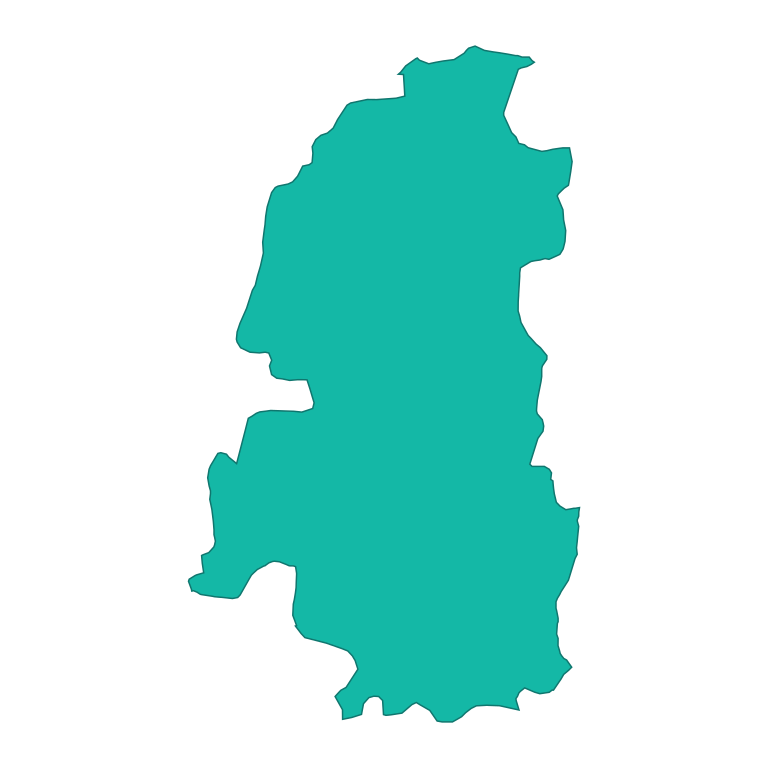 the district of Santa, Al Gharbiyah, Egypt
{"feature_id": "37247803B92664797200587", "entity_name": "Santa", "entity_type": "district", "adm_level": 2, "iso_a3": "EGY", "parent_name": "Egypt", "parent_adm1": "Al Gharbiyah", "projection": "orthographic", "projection_center": [31.113, 30.774], "detail": "fine", "context": "isolated", "style": "filled", "palette": "teal", "viewbox_px": 768, "rotation_deg": 0, "n_neighbors": 0, "source": "geoboundaries", "source_scale": "gbopen_adm2", "svg_char_len": 4739}
<svg xmlns="http://www.w3.org/2000/svg" viewBox="0 0 768 768"><path d="M519.0,710.0L516.2,700.7L515.9,698.6L517.4,696.5L518.9,692.9L520.3,691.4L524.7,687.9L534.7,692.2L539.8,693.7L549.2,692.3L552.1,690.1L553.5,690.1L559.8,680.8L560.8,679.4L563.7,674.4L568.8,670.1L571.7,667.2L568.7,663.0L566.6,660.0L563.8,658.5L561.6,655.7L560.2,653.5L559.5,650.6L558.0,645.6L558.1,638.4L556.6,634.1L557.3,624.4L557.4,623.3L558.1,621.8L558.1,618.2L556.7,611.0L556.0,608.2L556.0,601.7L557.5,598.1L559.7,594.5L561.1,591.6L564.8,585.9L568.4,580.2L569.2,577.6L575.0,558.6L577.2,554.3L576.5,547.8L577.2,541.4L577.7,536.0L578.4,529.3L578.7,526.3L577.3,521.2L577.3,519.8L578.7,516.2L578.8,511.9L579.5,507.6L575.2,508.3L573.7,508.3L570.1,509.0L565.8,509.7L564.7,509.0L560.0,506.1L556.4,502.4L555.9,500.5L555.7,499.6L554.3,493.8L553.6,488.8L553.1,483.8L552.9,480.9L550.7,479.4L551.5,472.9L549.3,469.3L544.3,466.4L532.0,466.4L529.8,464.2L537.4,439.9L537.9,438.4L543.0,431.2L543.7,426.1L543.0,422.6L542.7,421.5L542.3,419.7L537.3,413.9L536.5,411.0L536.6,408.3L537.3,400.2L538.0,396.6L541.0,381.5L541.7,376.5L541.7,370.0L541.8,367.9L542.5,365.7L546.8,359.3L546.9,355.7L540.4,347.7L536.1,344.1L531.0,338.4L528.2,335.5L526.9,333.2L521.0,322.5L519.6,316.0L518.1,311.0L518.2,301.6L518.6,295.5L518.6,294.4L519.7,276.4L519.7,275.5L519.7,272.8L520.5,267.8L529.9,262.1L531.3,261.4L534.9,260.7L540.0,260.0L542.0,259.4L543.8,258.9L545.1,258.6L546.8,258.9L549.0,259.3L556.1,256.1L559.9,254.3L562.3,250.4L563.1,249.0L563.6,247.2L565.0,241.4L565.7,230.6L565.3,228.4L564.3,223.4L563.6,219.8L563.3,214.8L562.9,209.7L559.4,201.3L557.2,196.0L558.3,193.9L561.2,191.0L564.1,188.2L568.4,185.3L568.8,183.3L570.7,171.7L572.1,161.6L569.7,149.1L569.5,147.9L562.8,147.9L559.5,148.3L552.7,149.3L546.9,150.7L541.8,151.4L528.1,147.7L524.5,144.8L518.8,143.4L515.9,136.9L511.6,132.6L508.3,125.3L503.7,115.3L503.7,112.4L518.3,69.3L521.2,67.9L527.0,66.5L531.3,64.3L534.3,62.2L532.1,60.7L529.2,57.1L523.4,57.1L522.0,57.1L520.1,56.4L517.7,55.6L515.5,55.6L507.5,54.1L498.9,52.7L493.1,51.9L484.4,50.4L475.1,46.1L468.6,48.2L466.4,50.4L464.2,53.2L454.1,59.6L443.2,61.0L435.3,62.4L428.8,63.8L419.4,60.2L417.3,58.0L415.8,58.7L405.7,65.9L400.6,72.3L398.4,74.2L403.5,74.5L404.4,89.0L404.8,96.1L396.2,98.2L392.2,98.5L376.7,99.6L367.3,99.5L350.6,103.0L347.0,105.2L337.6,119.5L337.1,120.5L333.2,128.1L327.4,133.1L320.9,135.3L315.8,139.6L312.2,146.7L312.9,153.2L312.1,162.6L309.2,164.7L302.7,166.1L299.1,173.3L297.6,176.2L292.6,181.9L288.2,184.0L278.1,186.1L276.3,187.0L275.2,187.6L271.6,192.6L267.2,206.9L265.7,216.3L265.0,224.9L264.3,229.6L262.7,242.2L263.4,253.0L260.5,265.9L258.9,271.4L257.5,276.0L255.3,285.3L252.4,290.3L246.6,308.3L240.0,323.3L237.1,332.0L237.0,333.3L236.4,339.2L237.1,342.0L239.9,346.6L240.7,347.8L250.0,352.2L259.4,352.9L265.2,352.2L268.8,353.0L269.3,354.3L271.7,360.2L269.5,365.9L271.6,374.6L276.7,378.2L282.4,378.9L289.7,380.4L292.7,380.1L297.6,379.7L301.9,379.7L307.0,379.8L309.8,388.4L314.1,402.8L312.7,408.5L305.5,410.9L301.8,412.1L293.9,411.3L273.3,410.6L270.8,410.5L265.7,411.2L259.9,411.9L256.3,413.3L252.0,416.2L248.3,418.3L245.2,430.6L238.5,456.4L236.6,463.6L228.7,457.1L226.5,454.2L220.8,452.7L217.9,453.4L215.7,457.0L215.1,458.1L210.6,465.6L209.1,469.2L208.4,473.5L207.7,477.8L209.1,485.8L210.2,489.8L210.5,490.8L210.5,493.7L209.8,499.4L211.9,509.5L213.3,521.0L214.0,529.6L214.0,534.7L214.7,537.6L215.4,541.2L214.6,544.8L213.9,546.9L208.8,552.6L203.0,554.8L201.6,555.5L202.3,563.4L203.7,572.8L196.5,574.9L195.0,575.6L189.2,579.2L188.5,581.3L191.4,589.2L191.8,591.1L193.5,590.7L197.1,592.2L200.3,594.3L201.6,594.6L205.5,595.2L212.6,596.3L214.4,596.7L217.6,597.0L220.0,597.2L221.7,597.3L232.5,598.5L237.7,597.5L240.1,595.0L243.6,588.8L249.3,578.7L251.4,575.1L252.4,574.1L253.5,573.0L257.3,569.5L261.8,567.1L263.8,566.0L264.9,565.8L268.8,562.9L272.5,561.5L274.3,561.2L279.6,561.8L280.5,562.2L284.0,563.6L286.1,564.4L289.2,565.8L293.5,565.9L295.6,566.7L296.6,573.3L296.6,574.6L296.3,581.1L296.1,587.6L295.4,593.1L294.3,599.7L293.3,604.1L292.8,615.3L296.6,625.6L295.4,626.0L301.1,633.5L304.9,637.6L326.3,643.1L341.7,648.5L347.7,650.9L352.4,655.9L353.5,657.8L355.2,660.6L355.6,662.0L357.9,669.2L346.1,687.4L340.8,690.3L338.9,692.3L335.1,696.5L342.5,709.7L342.6,719.3L350.6,717.7L352.0,717.4L361.5,714.4L362.4,709.5L363.5,703.7L368.9,697.6L373.8,696.2L375.8,696.3L378.7,696.5L381.4,699.3L382.6,700.4L382.8,703.1L383.0,706.6L383.2,709.5L383.5,714.6L385.9,715.3L389.3,715.0L391.7,714.7L402.0,713.1L411.9,704.6L416.3,702.5L420.4,705.0L421.3,705.5L429.8,710.4L437.1,721.0L442.0,721.9L452.5,721.9L457.1,719.3L461.6,716.7L465.2,713.1L466.0,712.4L471.2,708.4L476.4,705.8L485.7,705.3L487.0,705.2L488.1,705.3L499.5,705.7L519.0,710.0Z" fill="#14b8a6" stroke="#0f766e" stroke-width="1.5"/></svg>